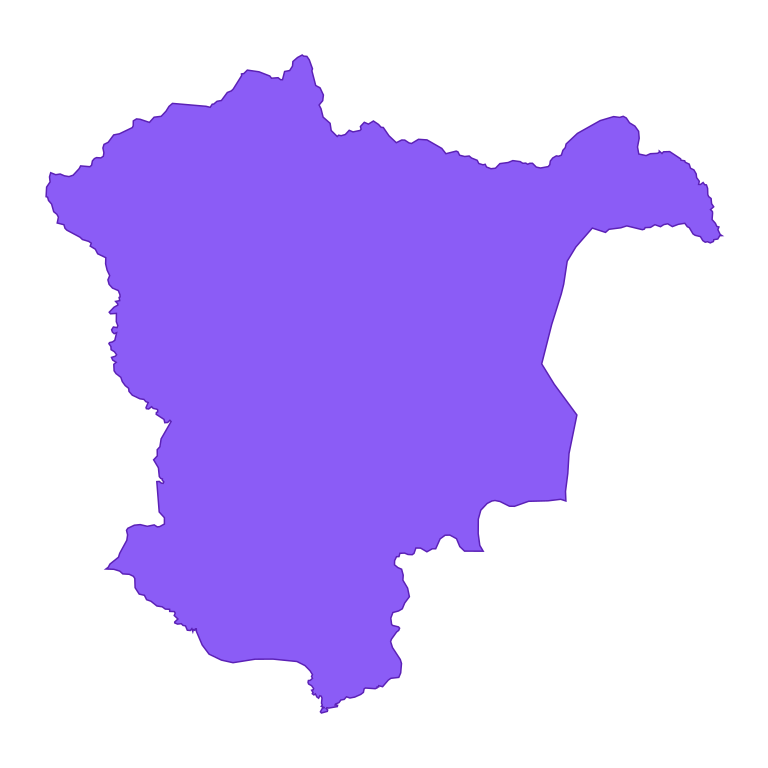 outline of Olmedo, Manabi, Ecuador
{"feature_id": "8360857B9236921602752", "entity_name": "Olmedo", "entity_type": "district", "adm_level": 2, "iso_a3": "ECU", "parent_name": "Ecuador", "parent_adm1": "Manabi", "projection": "albers", "projection_center": [-80.217, -1.371], "detail": "fine", "context": "isolated", "style": "filled", "palette": "violet", "viewbox_px": 768, "rotation_deg": 0, "n_neighbors": 0, "source": "geoboundaries", "source_scale": "gbopen_adm2", "svg_char_len": 6071}
<svg xmlns="http://www.w3.org/2000/svg" viewBox="0 0 768 768"><path d="M209.1,654.2L221.4,660.1L233.0,662.7L255.1,659.2L273.0,659.1L296.9,661.5L305.0,665.6L310.1,670.8L312.5,674.7L311.5,676.4L312.5,678.3L310.2,680.4L308.4,680.5L308.0,682.3L308.6,684.0L311.6,685.7L313.6,688.5L313.3,689.7L311.6,690.2L313.0,692.5L312.3,693.7L313.9,694.9L315.4,693.9L316.9,697.0L318.6,698.2L319.9,695.7L321.2,696.2L322.0,698.1L321.5,703.2L322.3,705.0L321.3,706.4L324.7,707.7L322.5,708.0L320.4,711.8L321.4,713.0L327.3,711.4L327.7,710.0L326.2,708.5L326.9,707.7L328.7,708.1L337.3,706.6L337.6,705.3L335.1,705.0L335.5,704.0L338.9,702.7L340.9,700.0L344.2,699.4L346.5,696.8L349.9,698.0L354.7,697.1L360.8,694.4L363.4,692.4L364.1,688.9L365.4,688.0L375.2,688.7L377.1,687.9L377.2,686.9L378.6,687.0L378.7,685.7L382.6,686.7L388.3,680.1L390.9,678.3L398.8,677.4L400.7,672.9L401.5,663.5L400.3,659.5L392.5,647.6L390.6,641.6L391.5,639.1L396.6,632.0L398.7,630.4L399.6,628.2L398.5,626.9L392.5,625.4L391.6,624.3L390.8,618.1L392.9,612.5L398.5,611.0L402.3,608.8L404.7,603.0L409.4,596.7L407.6,588.1L402.9,580.2L403.2,575.1L401.6,569.2L397.9,567.6L394.5,564.8L394.6,560.7L396.5,556.7L399.0,556.6L399.9,553.3L404.6,553.1L408.0,554.5L412.2,554.7L414.0,553.4L415.9,548.0L420.6,548.1L426.9,551.8L432.3,548.8L435.7,548.8L440.1,538.9L445.1,535.2L449.9,535.1L456.5,538.7L459.8,546.6L464.5,551.1L483.2,551.2L479.8,545.4L478.2,533.6L478.3,519.2L480.8,510.2L487.1,503.5L491.9,501.0L495.0,500.5L500.0,501.5L509.4,506.2L514.5,506.3L528.6,501.3L548.1,500.8L560.7,499.3L565.9,501.0L565.5,491.4L567.8,473.5L569.0,453.6L576.9,415.0L554.2,384.2L541.7,363.9L551.7,324.5L561.3,293.9L563.7,284.2L567.2,261.2L575.9,246.9L592.3,228.1L605.5,232.4L609.0,229.3L620.8,227.8L626.8,225.9L642.4,229.7L644.4,229.1L645.2,227.6L650.5,227.4L654.9,224.7L660.5,226.7L663.8,224.6L667.7,223.8L672.4,226.6L678.4,224.3L684.8,223.3L687.3,226.7L689.3,227.7L693.0,233.9L695.1,235.3L700.4,236.6L702.8,240.6L705.2,242.2L707.5,241.7L710.3,242.9L713.4,241.5L713.8,239.7L717.8,239.0L719.8,235.7L721.9,235.6L720.2,234.5L717.9,229.7L718.9,227.0L716.8,226.4L715.4,223.3L712.1,219.6L712.6,213.0L712.4,211.5L710.5,209.6L713.7,206.8L711.6,203.7L711.1,198.5L708.7,196.6L707.8,194.6L707.6,188.3L706.4,184.9L704.7,184.7L703.1,182.5L700.4,184.5L698.6,184.4L699.3,181.3L696.6,177.6L696.2,173.9L693.9,169.9L690.5,168.2L689.2,164.1L685.3,162.3L684.7,160.8L681.0,160.2L680.6,158.8L669.7,151.6L663.5,151.8L662.0,153.5L659.3,151.1L659.3,152.3L657.5,153.3L650.4,153.7L646.1,155.6L638.8,154.0L637.5,147.0L639.2,138.3L638.6,131.3L634.9,126.1L629.5,122.8L626.3,118.0L623.2,116.3L619.7,117.4L613.6,116.6L600.2,120.6L577.4,133.4L566.1,144.0L565.3,147.6L562.9,150.3L561.4,155.1L558.7,156.2L556.3,155.9L552.7,158.0L550.3,161.1L549.8,164.7L548.2,166.6L540.5,168.0L536.3,167.1L532.5,163.3L529.7,163.3L527.7,164.3L525.8,163.1L522.8,163.3L520.2,161.6L512.8,160.6L508.2,162.5L499.9,163.6L495.5,168.2L491.0,168.7L486.5,167.0L485.2,164.3L483.0,164.8L478.8,163.5L477.2,160.3L471.5,158.0L469.2,156.0L464.7,156.5L459.6,155.2L457.9,151.8L456.2,151.1L445.9,153.7L441.8,148.4L427.0,139.9L418.5,139.3L411.5,143.5L409.0,142.9L404.8,140.1L401.7,140.0L396.3,142.7L389.0,135.8L383.3,127.5L381.1,127.3L378.5,124.4L373.4,121.0L368.4,124.1L364.3,122.3L360.4,126.5L361.1,129.2L360.2,130.4L353.0,131.9L349.2,130.3L345.3,134.5L341.2,135.7L338.6,135.2L337.2,136.5L331.2,130.5L330.1,123.3L323.1,117.1L321.0,108.7L319.1,105.0L322.7,100.7L323.4,95.0L320.1,87.9L315.7,85.5L311.9,70.8L312.5,68.8L309.3,59.9L306.9,56.4L303.6,56.1L302.2,55.0L297.5,57.5L292.9,61.5L292.5,66.1L289.7,70.5L284.6,71.5L282.5,79.7L280.6,79.7L278.1,77.7L271.5,78.2L269.8,76.0L259.0,71.8L247.3,70.1L243.8,73.6L241.5,73.9L241.6,75.7L233.2,89.1L231.3,90.9L227.3,92.5L221.4,100.5L217.0,101.3L213.7,104.1L212.2,104.2L210.2,107.3L206.0,106.3L172.5,103.4L169.0,106.4L166.0,111.2L161.2,116.3L154.1,117.2L149.4,122.4L140.2,119.3L136.5,118.9L133.3,120.9L133.2,125.8L132.3,127.6L119.4,133.8L113.7,134.9L108.2,142.3L104.0,144.4L102.9,148.0L103.9,152.8L103.3,156.3L100.8,157.9L96.5,157.6L94.4,158.6L92.4,160.9L91.6,165.2L89.9,166.7L80.6,165.9L79.2,168.6L73.1,175.2L69.0,176.6L64.4,175.8L60.2,174.0L55.7,174.7L50.7,172.7L49.5,176.9L50.1,181.9L46.6,187.1L46.1,196.7L47.6,197.2L48.5,200.5L51.6,204.1L53.7,211.7L56.9,214.3L58.4,217.1L57.2,223.0L63.9,224.7L65.0,228.3L66.9,230.2L80.0,237.2L82.4,239.5L88.7,241.4L91.3,243.2L90.2,246.1L95.3,249.2L97.7,253.8L105.8,257.7L105.6,263.8L107.1,270.1L109.7,275.6L107.9,279.9L109.1,284.4L112.5,288.1L118.3,290.6L119.9,294.6L120.1,296.9L119.1,297.4L119.7,300.6L115.6,301.4L117.8,303.9L117.8,305.1L114.0,307.2L109.2,312.2L110.5,313.8L116.4,313.4L116.3,321.7L117.8,325.6L117.1,327.6L113.4,327.0L111.6,329.8L112.4,332.0L114.2,333.7L116.6,332.7L114.8,340.3L112.5,341.9L109.5,342.6L108.9,343.7L110.9,346.5L111.1,349.7L114.4,351.7L116.6,354.8L115.4,356.2L111.5,357.4L112.7,360.1L116.2,362.3L113.8,364.3L114.1,370.8L116.0,373.6L120.8,377.3L122.3,381.6L125.2,385.6L128.6,388.3L129.0,391.4L132.3,395.2L139.9,398.8L143.9,399.4L145.9,401.7L148.2,402.5L146.0,407.6L146.4,408.7L148.7,409.0L151.6,406.7L153.2,408.4L156.8,409.2L157.7,409.9L157.7,411.9L156.4,412.5L156.2,414.3L164.0,419.4L164.8,422.7L167.7,422.5L169.9,420.3L171.1,421.5L161.1,438.9L159.9,446.8L157.2,449.7L157.3,455.9L153.6,459.8L158.4,467.8L159.3,476.6L160.7,478.4L162.4,479.0L162.2,480.0L163.8,481.9L163.1,483.4L161.3,483.1L159.3,481.4L156.8,481.6L159.2,512.0L164.4,517.7L164.4,524.0L159.7,526.6L157.3,526.9L154.2,524.9L147.3,526.3L140.2,524.6L134.3,525.2L127.8,528.3L126.5,530.3L127.6,534.9L126.8,540.3L119.7,553.3L118.5,557.2L110.0,564.0L108.2,567.3L105.9,569.0L113.9,569.3L119.7,571.1L122.8,573.9L129.3,574.3L133.4,576.3L134.8,578.5L135.1,587.7L139.2,594.1L144.4,595.3L146.6,599.7L150.9,601.2L156.9,606.0L162.2,606.8L165.3,609.1L169.6,609.3L169.7,611.4L174.4,611.6L175.2,613.2L174.2,615.5L177.9,619.0L174.7,622.0L174.7,622.9L177.5,624.1L181.3,623.7L183.0,625.4L185.5,625.9L187.3,630.2L190.3,630.5L191.8,628.7L192.8,631.6L193.3,629.6L194.8,630.3L195.4,628.8L196.3,628.8L196.5,631.6L202.2,645.0L209.1,654.2Z" fill="#8b5cf6" stroke="#5b21b6" stroke-width="1.5"/></svg>